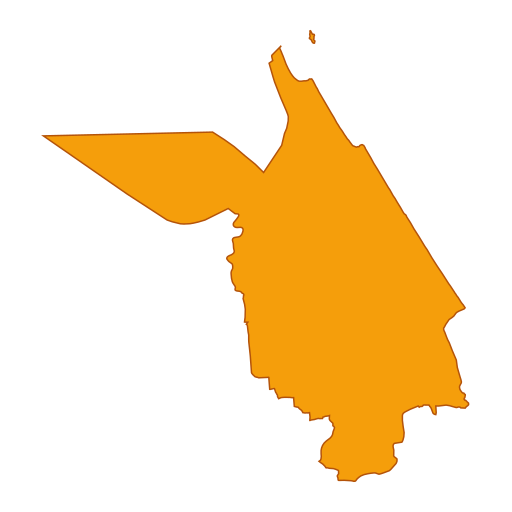 the district of Mueang Songkhla, Songkhla, Thailand
{"feature_id": "78962969B11995131192654", "entity_name": "Mueang Songkhla", "entity_type": "district", "adm_level": 2, "iso_a3": "THA", "parent_name": "Thailand", "parent_adm1": "Songkhla", "projection": "mercator", "projection_center": [100.614, 7.127], "detail": "fine", "context": "isolated", "style": "filled", "palette": "amber", "viewbox_px": 512, "rotation_deg": 0, "n_neighbors": 0, "source": "geoboundaries", "source_scale": "gbopen_adm2", "svg_char_len": 5998}
<svg xmlns="http://www.w3.org/2000/svg" viewBox="0 0 512 512"><path d="M465.1,307.8L463.3,305.0L462.1,303.6L461.0,302.1L458.1,297.4L456.7,295.7L455.7,294.0L454.9,293.0L454.4,292.1L450.4,286.0L448.7,283.7L442.1,273.4L437.3,266.3L431.8,257.7L427.0,249.5L424.9,246.5L418.9,236.6L413.9,228.8L410.4,222.6L406.7,216.9L406.4,216.0L405.9,215.1L405.7,214.8L404.2,213.8L403.2,212.3L400.6,207.7L397.2,202.2L395.0,198.4L393.0,195.5L389.8,189.7L388.4,187.7L377.5,169.3L373.8,163.4L370.8,157.8L365.5,148.8L365.0,147.5L363.7,145.4L363.3,145.3L362.4,144.7L361.6,144.7L360.3,145.2L359.9,145.5L359.6,145.8L359.3,146.4L359.0,146.7L357.6,146.7L356.5,147.1L356.3,147.0L355.4,146.8L354.2,146.2L353.3,146.0L352.3,145.2L349.8,141.9L348.8,140.4L347.2,138.7L346.0,136.8L344.5,134.7L342.4,131.3L339.6,127.4L338.4,125.3L336.8,122.9L333.8,117.3L331.4,113.4L322.3,97.8L318.7,91.7L317.1,88.3L316.4,87.4L313.1,80.9L311.7,78.9L311.0,79.1L309.8,78.9L309.0,79.3L308.0,80.3L306.4,80.7L305.2,80.9L304.2,80.8L301.4,81.2L299.7,81.2L298.9,81.1L297.6,80.5L295.5,78.9L294.2,77.8L292.6,75.9L290.7,73.2L288.2,68.7L286.0,64.0L283.1,56.2L282.0,53.6L281.3,51.8L279.5,47.8L280.8,46.5L280.7,46.3L271.9,55.2L271.7,56.0L271.8,56.8L272.7,60.6L269.1,63.2L273.0,76.8L274.6,82.0L280.7,97.7L286.2,110.5L287.8,114.6L288.3,116.6L288.2,121.0L286.7,128.3L284.5,133.5L281.7,145.3L263.6,172.5L255.3,164.3L245.0,155.9L234.1,146.6L224.4,139.7L212.6,132.1L43.4,135.9L127.1,194.0L167.1,220.0L172.3,221.8L180.4,223.8L183.9,224.0L190.0,223.7L193.5,223.1L198.3,222.0L205.0,220.0L228.2,208.5L235.1,213.7L237.7,213.9L238.4,214.2L238.8,214.8L238.8,215.1L238.6,216.1L238.2,216.8L236.6,219.1L233.8,222.5L233.3,223.8L233.3,225.0L233.6,225.8L234.1,226.4L234.9,227.0L235.9,227.4L237.5,227.5L240.6,227.3L241.7,227.6L242.2,227.9L242.7,228.4L243.1,229.5L243.0,230.9L242.7,231.9L242.0,233.9L241.4,234.8L240.3,236.1L239.3,236.6L238.4,236.9L235.1,237.4L234.2,237.6L233.6,237.9L232.8,238.7L232.5,239.5L232.5,240.5L233.3,243.4L233.6,248.2L234.3,251.0L234.2,251.7L234.0,252.4L233.6,253.1L232.7,253.9L231.5,254.7L229.1,255.7L227.7,256.6L227.1,257.3L226.8,258.2L226.8,258.8L227.3,259.6L228.4,261.0L229.0,261.6L231.5,263.4L232.1,263.9L232.4,264.5L232.7,265.9L232.7,268.2L232.5,268.9L231.4,271.1L231.1,272.6L231.1,273.8L231.5,278.2L232.3,281.6L232.8,282.8L235.2,286.5L235.4,287.7L235.1,288.9L235.1,289.8L235.3,290.2L235.7,290.5L236.4,290.8L237.2,291.0L239.0,291.2L240.3,291.5L241.4,292.2L241.7,292.6L242.1,293.2L243.3,293.7L243.8,294.5L243.8,295.2L243.4,296.0L243.5,296.8L243.1,298.6L244.6,304.3L245.3,309.2L245.1,317.3L244.5,322.0L244.9,322.1L247.8,322.2L246.3,324.3L247.1,324.9L247.4,325.7L248.1,331.9L248.7,335.0L248.7,339.6L248.8,341.9L250.3,355.9L251.5,372.6L251.8,373.3L252.9,374.7L255.0,376.7L256.6,377.2L257.4,377.3L258.7,377.8L267.4,377.4L268.7,377.3L268.8,377.4L269.7,389.3L270.0,389.4L274.2,388.5L274.5,388.7L275.6,392.1L276.2,393.0L276.9,394.4L277.4,395.0L277.6,396.8L278.7,398.7L280.8,397.7L281.9,397.5L284.6,397.3L285.8,397.3L290.0,397.4L292.2,397.7L293.6,397.6L294.3,406.4L296.5,407.0L298.1,407.2L299.4,408.7L301.7,410.5L302.9,412.7L303.8,412.7L304.1,412.9L305.4,413.0L307.0,412.8L308.0,413.0L308.9,412.7L309.5,412.6L310.0,416.6L310.0,417.6L309.8,420.4L309.9,420.5L311.2,420.0L314.5,419.5L315.3,419.2L317.4,418.6L318.5,418.4L319.2,418.6L322.5,418.5L323.0,417.1L324.0,416.9L324.9,416.4L328.4,415.9L329.5,415.5L329.3,418.6L329.4,419.4L330.0,420.5L332.6,423.0L332.8,423.2L332.9,423.6L332.9,425.8L333.8,426.3L334.0,426.8L334.5,427.4L334.2,428.9L333.2,431.4L332.5,434.6L331.9,435.9L330.6,437.6L329.7,438.4L326.3,441.0L324.2,443.0L322.6,445.4L321.6,447.9L321.1,450.5L321.1,453.8L321.3,456.5L321.0,458.9L320.7,459.7L320.4,460.3L319.0,461.3L320.6,462.6L322.7,464.0L324.5,465.8L325.2,466.6L325.7,467.5L326.2,467.9L326.9,467.7L329.4,468.3L333.5,468.6L335.7,469.3L337.9,470.2L338.4,470.5L338.5,470.9L338.6,473.7L337.5,475.4L337.3,475.8L337.4,476.7L337.9,477.7L338.1,479.7L338.3,480.2L338.7,480.4L344.2,480.3L350.9,480.7L352.2,480.9L353.9,481.3L355.1,481.2L355.7,480.8L357.2,478.8L358.9,477.3L360.7,476.0L362.8,475.1L364.4,474.5L368.0,473.7L371.1,473.2L374.3,472.9L375.5,473.0L378.6,474.1L379.5,474.1L381.0,473.7L383.4,472.9L389.3,470.7L389.7,470.4L391.0,469.2L395.8,463.8L396.2,463.2L396.9,461.5L397.0,460.4L397.0,459.2L396.8,458.7L394.1,456.6L393.7,455.8L393.8,450.2L393.1,446.8L393.1,445.4L393.3,444.8L393.7,444.1L394.2,443.5L394.7,443.3L401.7,442.2L401.9,442.1L402.2,441.8L403.0,439.9L403.8,436.8L404.1,432.6L403.1,426.2L402.4,420.4L402.4,415.6L402.6,414.5L403.2,413.4L404.1,412.6L405.3,411.8L410.4,409.2L418.2,406.0L419.2,407.2L420.1,406.6L422.2,406.4L422.5,406.0L423.0,405.7L423.2,405.2L423.9,405.0L429.0,405.1L429.7,406.3L430.6,407.3L431.2,408.4L432.9,412.9L433.2,413.4L433.8,413.9L434.8,414.4L435.8,414.6L436.2,412.7L435.8,406.0L438.6,406.0L446.1,405.1L449.7,405.7L452.0,406.4L456.0,407.5L456.9,407.5L458.4,407.0L459.2,407.0L460.1,407.2L460.8,407.9L465.2,408.1L466.4,406.6L467.8,405.6L468.5,404.8L468.6,404.5L468.5,403.1L466.9,401.6L466.6,401.2L466.1,400.8L465.8,400.4L465.4,400.3L465.2,400.1L464.7,400.1L464.1,399.2L464.2,398.3L464.8,397.7L465.3,395.1L465.2,394.5L464.9,394.3L464.3,394.0L464.2,393.5L463.8,393.1L462.5,392.9L462.0,392.4L461.2,391.4L460.0,389.6L459.8,388.9L459.5,387.4L459.6,386.1L461.3,382.8L461.4,381.8L460.9,379.6L460.2,377.4L457.6,368.5L457.3,367.4L456.3,360.0L452.4,350.9L449.3,342.9L447.6,339.6L446.4,336.6L444.8,332.3L443.9,330.4L443.6,329.0L443.8,327.8L444.5,326.9L445.7,324.5L449.1,319.5L451.8,317.7L453.8,316.1L455.9,313.2L457.0,312.2L459.0,311.1L464.0,309.0L464.4,308.7L465.1,307.8ZM312.8,34.4L312.3,34.1L311.9,33.2L311.3,32.3L310.8,31.1L310.2,30.7L310.0,30.8L309.9,31.1L310.1,32.1L309.7,34.5L310.1,36.3L310.0,36.8L309.5,37.6L309.4,38.4L309.5,38.6L311.2,39.8L312.2,41.9L313.0,42.9L313.4,43.1L314.4,43.2L314.5,43.1L314.5,42.6L314.8,41.9L314.9,41.1L314.6,40.6L314.4,40.5L313.7,39.7L313.5,39.2L313.9,38.6L314.0,37.7L313.9,36.5L314.4,35.7L314.4,35.2L314.2,34.5L313.8,34.3L313.5,34.2L312.8,34.4Z" fill="#f59e0b" stroke="#b45309" stroke-width="1.5"/></svg>